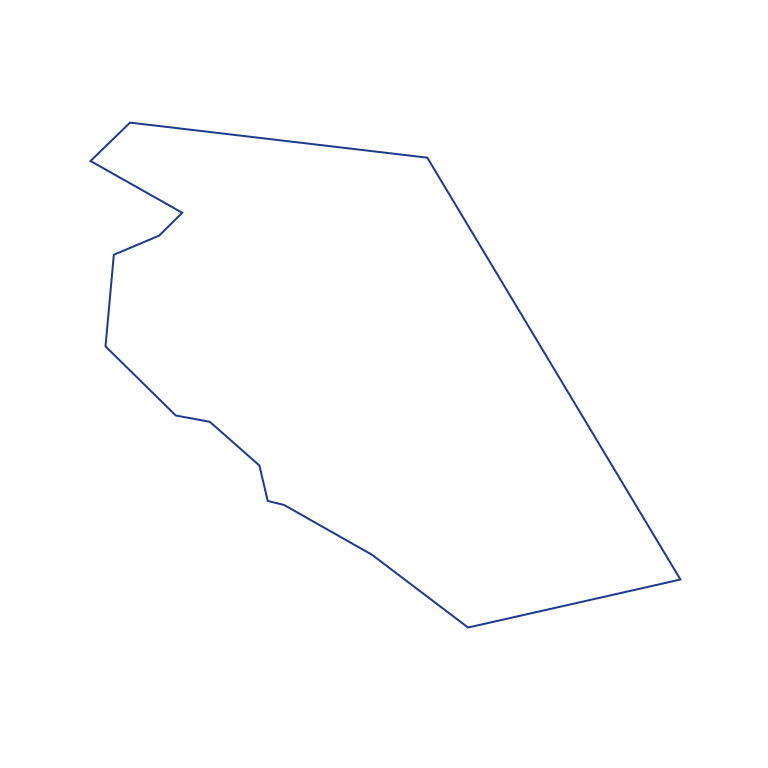 outline of Skagway, Alaska, United States of America, rotated 186°
{"feature_id": "52423323B42499529045056", "entity_name": "Skagway", "entity_type": "district", "adm_level": 2, "iso_a3": "USA", "parent_name": "United States of America", "parent_adm1": "Alaska", "projection": "equal_earth", "projection_center": [-135.23, 59.572], "detail": "fine", "context": "isolated", "style": "outline", "palette": "blue", "viewbox_px": 768, "rotation_deg": 186, "n_neighbors": 0, "source": "geoboundaries", "source_scale": "gbopen_adm2", "svg_char_len": 368}
<svg xmlns="http://www.w3.org/2000/svg" viewBox="0 0 768 768"><g transform="rotate(186 384 384)"><path d="M663.9,617.4L699.2,575.1L602.6,533.2L623.1,508.1L666.2,484.3L664.9,392.3L587.8,330.9L553.3,328.2L499.4,289.9L487.4,255.5L470.9,253.3L377.9,212.8L275.0,150.6L78.0,217.4L68.8,220.6L364.6,613.6L663.9,617.4Z" fill="none" stroke="#1e3a8a" stroke-width="2"/></g></svg>